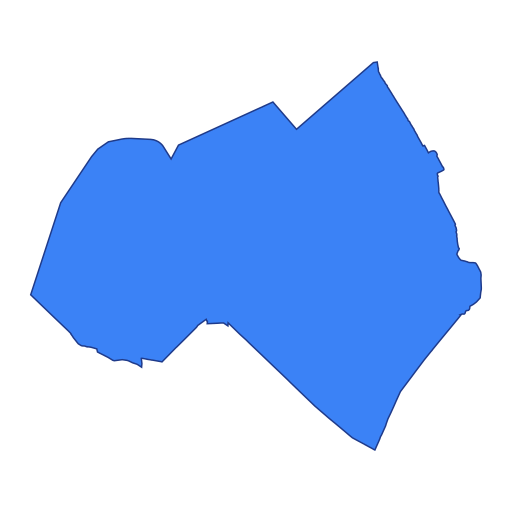 outline of Harderwijk, Gelderland, Netherlands
{"feature_id": "6326949B59221460076915", "entity_name": "Harderwijk", "entity_type": "district", "adm_level": 2, "iso_a3": "NLD", "parent_name": "Netherlands", "parent_adm1": "Gelderland", "projection": "albers", "projection_center": [5.663, 52.34], "detail": "fine", "context": "isolated", "style": "filled", "palette": "blue", "viewbox_px": 512, "rotation_deg": 0, "n_neighbors": 0, "source": "geoboundaries", "source_scale": "gbopen_adm2", "svg_char_len": 5829}
<svg xmlns="http://www.w3.org/2000/svg" viewBox="0 0 512 512"><path d="M30.7,294.8L54.9,318.1L61.1,324.0L67.8,330.4L70.0,332.6L70.9,333.6L71.0,333.8L70.9,334.0L72.4,336.1L73.4,337.7L73.8,338.2L74.7,339.3L77.3,342.6L78.3,343.8L80.9,345.4L81.2,345.6L81.9,345.8L82.3,345.9L82.7,345.9L84.1,346.0L84.5,346.0L85.2,346.2L86.5,346.7L87.0,346.8L87.0,346.7L90.3,347.1L92.0,347.5L96.8,348.9L97.5,352.0L98.3,352.4L99.6,353.1L108.1,357.4L112.8,360.3L114.2,360.7L114.5,360.7L116.7,360.4L117.5,360.3L122.0,359.7L122.5,359.7L127.2,360.4L127.8,360.6L128.9,361.0L132.6,362.8L136.9,364.2L137.8,364.7L141.6,367.2L141.7,365.8L141.9,363.9L141.9,363.5L141.8,362.6L141.3,358.4L141.8,358.3L142.8,358.4L143.3,358.5L143.6,358.6L144.3,358.7L145.0,358.8L145.8,359.0L146.2,359.0L146.6,359.2L147.0,359.2L147.7,359.4L150.6,359.8L151.2,360.0L152.4,360.1L160.8,361.6L162.0,361.9L175.9,347.7L176.6,347.1L185.0,338.8L190.4,333.4L193.6,330.2L196.5,327.3L197.8,325.4L200.7,323.3L206.2,319.3L206.7,320.7L206.9,320.8L207.1,320.9L207.3,321.2L207.2,321.5L207.4,321.7L207.3,322.6L207.2,323.7L216.1,323.3L217.9,323.2L220.9,323.0L223.6,323.0L227.9,325.9L228.1,322.8L239.9,334.3L243.2,337.3L246.3,340.1L248.9,342.7L269.5,362.4L287.4,379.5L290.4,382.5L315.0,406.2L328.7,418.0L331.2,420.1L335.5,423.6L341.8,428.9L343.0,429.9L349.0,435.0L352.4,437.8L371.8,448.3L374.4,449.8L374.9,450.0L376.7,445.9L378.8,441.2L379.8,438.8L380.5,436.7L381.5,435.0L385.5,426.1L385.8,425.2L386.2,423.8L388.0,418.7L388.3,418.1L390.9,412.7L393.8,406.3L396.3,400.6L400.4,391.6L409.8,379.1L416.6,370.0L424.2,359.9L430.9,351.6L431.8,350.6L433.0,349.0L437.5,343.5L439.7,340.8L455.3,321.9L455.6,321.5L457.2,319.6L460.8,315.1L460.2,314.8L461.1,314.4L462.0,314.1L462.7,314.0L464.0,314.1L464.3,314.0L464.8,313.6L465.0,313.3L465.2,312.7L465.4,312.0L465.6,311.5L465.8,311.2L466.1,310.8L466.4,310.6L466.7,310.6L468.0,310.4L468.4,310.3L468.7,310.0L469.2,309.6L469.4,309.2L469.6,308.7L469.7,308.2L469.8,307.3L469.8,306.7L470.0,306.3L470.1,306.1L471.5,305.4L472.4,304.9L473.8,304.0L475.5,302.7L476.5,301.9L479.6,298.5L480.0,298.1L480.2,297.7L480.2,297.4L480.6,293.6L480.7,292.7L481.3,289.2L481.3,287.4L480.9,278.7L480.9,278.1L481.1,275.7L481.1,274.7L480.9,273.4L480.8,272.9L480.8,272.6L480.7,272.1L480.5,271.6L478.9,268.6L477.5,265.8L476.5,264.2L475.9,263.4L475.7,263.2L475.2,262.9L474.8,262.8L474.2,262.8L473.2,262.6L472.4,262.6L470.3,262.6L469.2,262.5L468.6,262.4L468.3,262.3L467.3,261.8L466.9,261.7L465.8,261.4L464.7,261.0L463.5,260.8L462.8,260.6L462.2,260.5L461.6,260.4L461.0,260.2L460.5,259.8L460.1,259.4L458.6,257.5L457.5,255.5L456.9,254.4L456.9,254.2L456.9,253.9L457.9,251.2L458.2,250.6L458.8,250.0L459.0,249.5L459.1,249.1L459.2,248.5L459.0,248.2L458.5,247.8L458.0,245.5L457.7,244.2L457.6,243.3L457.3,241.4L457.1,239.1L457.1,238.4L457.1,238.2L457.0,237.8L456.8,237.1L456.8,236.8L456.7,236.5L456.7,235.6L456.8,235.6L456.8,235.4L456.8,235.1L456.8,234.8L456.8,234.1L456.7,233.8L456.2,232.6L456.1,231.9L456.1,231.6L456.4,231.2L456.5,230.9L456.5,230.7L456.6,230.1L456.6,229.9L456.3,229.6L456.2,229.3L456.2,229.0L456.3,228.5L456.3,228.3L456.2,228.0L455.9,227.5L455.9,227.3L455.4,226.3L455.2,225.7L455.0,225.2L455.1,224.8L455.4,224.3L455.4,224.2L453.9,221.2L451.8,217.2L448.6,211.2L447.5,209.0L445.7,205.7L443.4,201.1L441.7,197.9L440.2,194.9L439.8,194.1L439.0,192.8L439.0,192.6L438.8,192.1L438.8,191.8L438.8,191.5L438.9,190.8L438.8,190.1L438.8,189.1L438.8,188.8L438.5,185.3L438.2,182.2L438.0,181.3L438.0,180.4L437.7,177.8L437.7,177.4L437.7,177.0L437.9,176.5L438.1,176.1L438.0,175.9L437.7,175.6L437.5,175.3L437.5,175.1L437.4,174.8L437.4,174.1L437.4,173.8L437.3,173.6L437.4,173.4L437.7,173.0L437.8,172.9L441.7,171.1L442.7,170.5L443.3,170.2L443.6,170.0L443.8,169.8L443.9,169.5L443.9,169.1L443.7,168.5L443.4,167.5L443.3,167.3L443.2,167.2L442.8,166.9L442.5,166.8L442.4,166.7L442.4,166.4L442.3,166.2L441.5,164.8L441.2,164.2L440.3,162.5L439.0,160.1L438.7,159.5L438.4,158.9L437.4,157.1L436.9,156.4L436.9,156.2L436.9,155.9L437.0,155.6L437.0,155.4L437.1,155.1L437.2,154.8L437.1,154.3L436.9,153.8L436.8,153.5L436.2,152.5L435.8,152.0L435.5,151.7L435.0,151.3L434.5,151.0L434.3,151.0L433.7,150.9L433.0,150.9L431.9,151.1L431.2,151.2L430.5,151.5L429.2,152.3L428.4,152.8L427.5,151.0L426.8,149.6L425.1,146.5L424.5,145.4L424.3,145.4L424.2,145.4L423.6,145.8L423.4,145.9L423.1,146.0L422.9,146.0L422.8,145.9L421.9,144.2L421.2,142.8L418.2,137.5L417.5,136.2L417.3,135.5L417.1,135.0L416.1,133.5L415.8,133.0L415.6,132.5L415.3,132.0L414.6,130.9L414.4,130.5L414.1,129.8L414.0,129.3L413.9,129.1L412.6,127.2L412.4,126.9L411.9,125.9L411.3,125.2L410.8,124.2L410.5,123.8L410.3,123.4L410.0,122.6L409.8,122.3L409.5,121.7L409.1,121.4L408.9,121.1L408.7,121.1L408.2,120.7L408.0,120.2L407.8,119.3L407.7,119.1L407.6,118.8L407.0,118.0L406.5,117.4L406.3,117.0L406.1,116.7L406.0,116.4L405.9,116.2L405.3,115.4L404.5,113.9L403.5,112.2L403.2,111.8L401.9,109.8L401.4,109.0L398.9,105.1L398.3,104.1L397.5,102.9L395.5,99.7L394.3,97.8L393.4,96.2L392.6,95.1L392.0,94.0L391.7,93.5L389.0,89.2L388.8,88.8L388.6,88.4L388.2,88.0L387.6,87.1L387.4,86.8L387.4,86.6L387.3,86.0L387.3,85.8L387.1,85.5L387.0,85.3L386.5,84.8L385.9,84.1L385.7,83.9L385.2,83.3L385.1,83.0L384.8,82.1L384.6,81.8L384.4,81.5L383.8,80.8L383.0,79.7L382.7,79.2L382.5,78.8L382.3,78.5L381.8,78.0L381.3,77.4L381.0,76.9L380.8,76.5L380.6,76.1L380.5,75.3L380.3,75.0L379.9,74.6L379.6,74.0L379.4,73.2L378.8,72.3L378.4,71.2L378.4,70.4L378.3,69.4L378.3,68.5L378.3,68.4L378.3,68.2L378.2,68.1L378.1,67.9L377.6,64.7L377.2,62.0L373.4,62.6L296.5,129.3L272.9,102.0L178.5,145.1L171.1,159.0L163.2,146.4L162.6,145.5L161.8,144.6L161.1,143.9L160.3,143.2L159.4,142.5L158.2,141.7L156.4,140.8L154.8,140.2L153.6,139.8L152.2,139.6L150.7,139.4L131.2,138.4L129.2,138.4L126.3,138.5L125.0,138.6L121.6,139.1L118.8,139.7L108.4,141.8L97.8,149.1L91.6,156.6L60.7,202.7L30.7,294.8Z" fill="#3b82f6" stroke="#1e3a8a" stroke-width="1.5"/></svg>